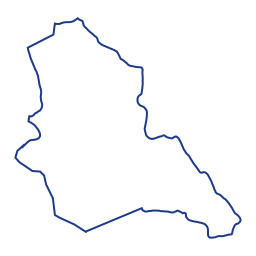 the district of Gomier, Micoud, Saint Lucia
{"feature_id": "8701671B18613428350032", "entity_name": "Gomier", "entity_type": "district", "adm_level": 2, "iso_a3": "LCA", "parent_name": "Saint Lucia", "parent_adm1": "Micoud", "projection": "robinson", "projection_center": [-60.951, 13.816], "detail": "fine", "context": "isolated", "style": "outline", "palette": "blue", "viewbox_px": 256, "rotation_deg": 0, "n_neighbors": 0, "source": "geoboundaries", "source_scale": "gbopen_adm2", "svg_char_len": 4845}
<svg xmlns="http://www.w3.org/2000/svg" viewBox="0 0 256 256"><path d="M85.9,231.9L86.4,231.3L112.2,220.5L141.8,208.2L142.1,208.9L142.5,210.0L142.9,210.3L143.2,210.5L143.6,210.8L144.2,211.1L145.1,211.5L146.8,211.5L148.2,211.2L149.6,211.0L150.8,210.9L151.2,210.9L152.0,210.7L152.7,210.6L153.7,210.5L154.6,210.6L155.8,210.5L157.3,210.6L158.5,210.7L159.1,210.7L159.9,210.9L160.9,211.2L161.6,211.2L162.3,211.2L163.3,211.2L164.5,211.4L166.2,211.5L167.8,211.5L168.4,211.7L168.7,211.8L169.6,212.1L169.9,212.2L171.3,212.4L172.1,212.5L173.5,212.4L174.1,212.1L174.5,211.9L175.5,211.6L176.2,211.2L176.6,211.0L176.9,210.8L177.5,210.6L178.2,210.8L180.7,212.0L182.1,212.8L182.7,213.2L182.9,213.0L184.0,212.8L185.0,213.0L185.4,213.3L185.7,213.5L185.8,214.1L186.0,215.1L185.9,216.2L186.3,217.1L186.8,217.8L187.6,218.9L188.6,219.7L190.3,220.5L193.3,221.3L196.7,221.9L201.4,222.9L203.1,223.5L204.2,223.8L204.5,224.0L204.9,224.2L205.3,224.5L206.0,225.3L206.8,226.1L207.1,226.7L207.5,227.5L207.8,228.8L208.0,229.9L208.0,231.1L208.0,232.0L208.0,232.4L208.0,233.3L208.1,233.9L208.0,235.0L208.3,235.9L208.5,236.3L208.7,236.7L209.1,237.2L210.0,237.6L211.4,237.7L212.6,237.6L212.9,237.6L214.4,237.4L215.7,237.1L217.2,236.5L217.4,236.4L218.8,236.1L219.4,236.1L220.2,236.1L221.3,236.1L222.6,236.2L222.9,236.2L224.5,235.7L224.9,235.6L226.0,235.4L227.2,235.0L227.6,234.9L228.2,234.7L228.6,234.6L229.0,234.6L229.5,234.6L230.1,234.5L231.7,234.3L231.9,233.6L232.1,233.4L232.7,230.7L232.9,229.5L233.6,227.9L234.4,226.0L235.6,224.4L236.6,223.9L238.2,223.5L239.2,222.5L240.1,221.6L240.6,220.1L240.3,218.7L239.3,216.9L237.4,214.9L234.9,213.1L233.5,210.8L231.8,207.6L228.7,203.1L225.5,199.3L223.9,198.4L221.2,195.8L220.2,194.9L217.7,193.8L216.8,193.5L215.6,192.1L215.2,190.8L214.6,189.9L213.6,186.8L212.2,183.7L211.2,181.0L209.6,178.0L207.8,174.6L205.8,172.7L203.9,172.1L202.9,172.3L202.4,172.6L200.7,172.6L199.7,171.9L198.1,169.5L196.3,167.0L193.7,163.6L192.3,161.4L190.2,158.0L189.1,156.0L187.4,154.3L186.2,153.2L184.5,150.4L183.6,149.1L183.4,148.5L183.1,147.7L182.7,146.8L182.2,145.7L181.6,144.2L181.0,142.9L180.5,141.7L179.8,140.7L179.0,139.0L178.3,138.0L177.4,137.3L176.5,136.6L175.5,136.5L174.5,136.9L173.3,137.6L173.1,137.7L172.1,138.3L171.3,138.3L170.5,138.2L169.8,138.0L168.0,137.5L167.4,137.4L166.0,136.7L165.1,135.9L164.4,135.4L163.6,135.4L162.8,135.6L161.7,136.2L159.4,136.7L154.5,138.5L153.0,138.8L152.1,138.9L151.0,138.8L150.2,138.6L149.0,138.0L148.0,137.2L147.1,136.4L146.3,135.4L145.9,134.3L145.6,133.0L145.2,131.7L145.0,130.6L144.9,130.0L144.7,129.2L144.8,127.9L145.0,126.8L145.3,125.7L145.6,124.0L145.9,122.5L146.3,120.5L146.5,118.7L146.7,117.7L146.8,116.1L146.9,114.1L146.9,112.7L146.8,111.3L146.5,110.4L146.1,109.7L145.5,109.0L144.9,108.1L144.1,107.3L143.2,106.7L142.5,106.4L141.7,106.2L140.2,105.4L139.4,104.8L138.6,103.8L138.1,103.0L137.5,101.4L137.6,100.5L137.5,100.0L137.5,99.3L137.6,98.5L137.8,97.7L138.1,96.9L138.6,96.1L139.3,95.5L140.2,94.9L140.8,94.5L141.4,93.9L141.6,93.1L141.8,92.0L141.9,90.8L142.3,88.5L142.4,86.9L142.6,85.4L142.7,84.1L142.7,82.3L142.6,80.4L142.7,79.9L142.7,78.4L142.7,77.6L142.6,76.0L142.5,74.6L142.4,73.2L142.5,71.5L142.6,69.3L142.0,68.2L141.6,67.6L140.7,67.3L137.1,67.1L132.7,66.3L129.9,65.7L128.5,65.0L128.2,64.8L127.4,63.9L126.4,62.9L125.5,62.2L124.8,61.5L123.8,60.8L123.3,60.4L122.3,59.8L121.7,59.3L120.7,58.9L120.4,58.3L120.1,57.7L119.7,56.7L119.0,55.3L118.5,54.3L117.8,53.1L117.0,51.9L116.1,51.1L115.6,50.9L114.3,50.1L112.9,49.5L102.7,45.2L101.9,44.7L100.9,44.1L99.8,43.2L98.5,42.1L97.9,40.9L97.5,39.2L97.2,38.4L96.8,37.7L96.1,37.0L95.5,36.5L94.4,35.7L93.1,34.4L91.6,33.2L89.5,31.5L88.1,30.2L86.7,28.6L85.2,27.3L84.3,26.2L83.7,25.4L83.5,24.7L83.3,23.9L83.0,22.7L82.7,21.8L82.6,21.3L82.3,20.9L80.9,20.3L78.9,19.3L77.7,18.3L75.6,19.8L74.1,20.8L73.4,21.2L72.0,21.7L70.1,22.1L66.6,22.1L63.8,22.4L62.3,22.9L60.8,23.4L59.3,24.0L55.8,23.9L54.9,23.6L53.4,34.6L27.8,47.7L28.4,50.8L29.5,54.1L30.6,58.1L34.4,67.3L35.8,70.5L36.5,71.6L37.0,73.4L37.9,75.5L38.9,81.3L39.4,84.4L40.3,87.7L40.7,88.7L41.1,91.0L41.2,92.4L40.7,97.2L41.1,100.7L42.1,104.1L42.1,106.1L41.5,108.4L40.2,110.3L37.8,111.7L37.1,112.4L35.1,113.4L33.8,115.0L31.7,116.3L30.6,116.4L29.3,116.2L28.8,119.1L28.5,121.3L28.9,121.6L30.2,122.3L30.9,122.6L31.8,123.2L32.7,123.8L33.4,124.2L34.0,124.6L34.8,125.4L35.4,126.0L35.9,126.7L36.4,127.4L36.9,128.1L37.5,128.8L37.9,129.4L38.6,130.5L39.0,131.4L39.4,132.2L39.8,133.0L39.9,133.8L40.1,134.8L40.1,135.4L39.9,136.4L39.3,137.4L38.9,138.0L37.9,138.7L37.2,139.0L36.5,139.2L35.8,139.5L34.0,139.8L32.3,140.0L31.5,140.0L30.8,140.2L30.1,140.4L28.8,141.2L27.6,142.1L26.7,143.0L25.4,144.2L25.1,144.5L24.5,145.1L23.1,146.4L22.4,147.2L21.8,147.8L22.2,146.5L17.3,151.0L15.4,157.6L19.3,162.1L32.4,171.0L40.2,171.6L44.1,175.5L46.1,184.4L52.9,198.3L54.9,215.0L59.8,217.8L74.4,224.5L85.9,231.9Z" fill="none" stroke="#1e3a8a" stroke-width="2"/></svg>